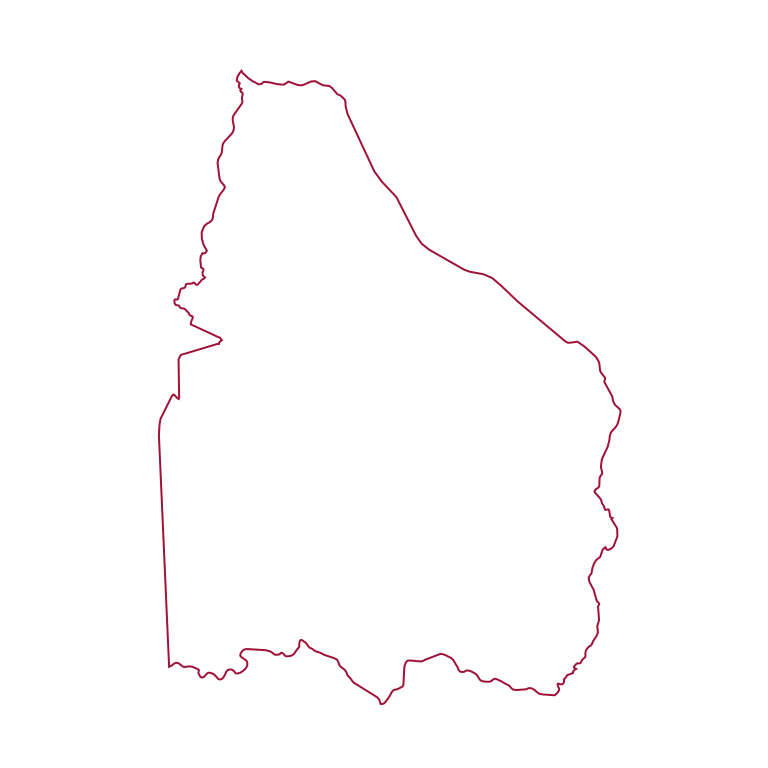 an SVG outline of Southern, rotated 266°
{"feature_id": "ZMB-522", "entity_name": "Southern", "entity_type": "Province", "adm_level": 1, "iso_a3": "ZMB", "parent_name": "Zambia", "parent_adm1": "", "projection": "albers", "projection_center": [26.307, -16.684], "detail": "fine", "context": "isolated", "style": "outline", "palette": "rose", "viewbox_px": 768, "rotation_deg": 266, "n_neighbors": 0, "source": "natural_earth", "source_scale": "10m", "svg_char_len": 6065}
<svg xmlns="http://www.w3.org/2000/svg" viewBox="0 0 768 768"><g transform="rotate(266 384 384)"><path d="M706.4,263.7L704.0,264.8L698.5,270.0L694.9,274.5L694.4,275.7L692.1,279.1L691.6,281.0L691.9,282.5L693.4,284.6L693.8,285.5L692.8,291.2L690.6,298.2L689.6,305.0L692.3,309.8L688.3,318.8L687.7,322.5L688.3,325.4L690.9,332.5L690.9,336.4L686.9,342.8L686.2,344.2L685.1,350.3L682.8,352.9L676.3,357.7L675.0,360.5L670.3,364.9L668.1,365.2L663.5,365.1L655.8,366.5L596.7,389.2L585.7,396.2L569.6,409.4L529.8,426.3L521.4,431.3L514.9,438.3L492.7,471.5L490.0,477.4L486.6,490.8L482.2,499.3L473.6,508.0L457.0,523.1L414.1,567.6L412.4,570.1L412.2,571.8L412.4,576.0L412.7,580.0L407.3,586.7L396.5,597.1L392.1,599.5L389.7,600.2L382.1,600.5L380.4,601.2L374.5,605.1L370.7,603.9L355.5,610.9L351.6,611.3L349.0,612.0L346.9,613.2L342.3,617.5L340.4,618.1L338.1,617.7L328.9,614.7L326.4,613.3L324.1,611.4L321.6,608.6L319.5,606.8L316.9,605.7L312.6,605.0L305.9,602.8L293.5,596.0L286.2,594.6L280.2,595.5L279.0,595.2L278.0,594.2L276.7,593.3L275.1,592.5L267.7,591.7L266.3,591.1L265.4,590.1L264.5,588.5L263.4,587.1L261.9,586.5L260.5,587.3L254.7,591.7L253.3,592.5L249.6,593.2L246.9,594.8L244.1,595.5L243.1,595.9L242.9,596.5L243.3,598.7L243.1,599.3L240.9,600.0L237.8,600.1L235.3,600.6L234.3,602.7L233.2,601.5L224.4,606.2L222.5,606.5L215.7,606.2L205.9,601.6L204.2,599.6L203.0,596.9L203.2,594.5L205.8,593.5L203.6,590.6L196.3,587.5L194.7,584.9L193.3,583.1L190.1,581.0L186.5,579.3L180.5,577.7L178.5,575.9L176.5,574.6L172.5,575.0L164.0,578.8L153.2,581.0L152.3,581.4L150.8,582.9L149.9,583.3L148.9,583.1L147.4,582.2L146.6,582.0L134.4,582.1L132.7,581.8L127.4,579.8L122.4,580.1L120.8,579.9L117.6,578.3L112.7,574.5L109.7,573.1L108.6,571.9L107.5,569.8L105.7,567.9L103.5,566.6L101.3,566.1L98.6,566.0L97.4,565.5L95.3,562.7L94.4,562.0L92.6,561.1L91.9,560.4L91.7,559.4L91.8,557.3L91.3,556.3L88.9,553.8L87.8,553.9L86.4,555.8L85.9,554.7L85.1,553.5L84.0,552.6L82.5,552.3L80.8,546.5L80.3,546.2L77.3,543.6L76.9,542.9L75.0,542.9L73.8,542.7L73.0,542.1L72.0,540.8L72.0,539.6L73.0,536.7L72.4,536.2L70.8,536.4L67.8,537.4L66.3,537.3L63.7,535.4L61.6,532.6L63.2,521.0L64.1,517.4L66.1,514.9L68.1,513.0L68.9,512.0L70.0,510.2L70.4,508.9L70.5,507.7L70.4,506.8L69.7,504.9L69.5,503.7L69.5,494.4L69.9,492.7L70.3,491.4L71.4,490.1L74.0,488.1L74.6,487.5L77.3,482.9L78.9,480.9L82.0,475.3L82.2,474.2L82.1,473.2L81.3,471.8L80.3,470.6L79.8,469.3L79.6,467.4L80.2,463.2L80.8,461.2L81.4,459.9L82.7,458.8L87.1,456.4L88.1,455.6L89.2,454.2L91.0,451.2L92.0,449.1L92.4,447.5L92.4,446.5L92.2,445.6L91.3,443.9L91.2,442.6L91.6,440.1L92.9,439.0L94.3,438.2L96.0,437.8L104.3,433.6L105.5,432.4L106.9,430.4L109.6,425.7L110.5,423.4L110.9,421.7L106.0,405.6L105.2,404.1L104.7,402.2L104.9,399.5L106.3,391.4L106.4,389.3L106.2,387.9L105.7,387.3L104.4,386.3L102.8,385.4L99.9,384.5L82.9,382.4L81.8,382.1L80.9,381.3L78.9,376.9L78.5,375.2L78.0,372.5L77.6,371.7L76.4,370.5L70.6,366.7L65.5,362.0L64.8,359.6L65.0,358.8L65.1,358.3L65.3,358.2L68.4,357.5L70.0,356.9L72.0,355.3L88.2,333.0L89.5,331.9L92.4,330.2L95.5,327.6L96.2,327.1L98.9,326.5L99.7,326.1L101.8,324.7L105.1,320.9L105.8,320.4L107.3,319.7L109.9,319.0L112.1,318.0L113.0,316.8L114.2,314.7L118.1,305.2L118.7,304.5L120.2,301.9L122.1,297.3L122.7,296.2L123.9,295.0L124.9,293.7L126.2,291.4L127.5,290.3L130.3,288.7L131.0,288.2L134.4,284.1L134.4,283.3L134.1,282.6L133.3,282.1L131.4,281.5L128.3,281.1L127.4,280.8L126.1,279.7L125.0,278.5L121.6,275.9L120.5,274.6L119.7,273.2L119.4,272.4L119.1,270.0L119.1,268.1L119.4,267.0L120.0,266.2L121.5,265.2L122.2,264.5L123.0,263.3L122.9,262.5L121.8,261.1L121.4,259.8L121.4,257.5L121.6,256.2L122.2,255.3L122.9,254.8L123.9,253.7L125.1,252.0L126.7,247.5L129.1,229.4L129.1,227.2L128.9,226.3L128.1,224.8L127.1,223.6L125.7,222.5L124.9,222.1L123.2,221.7L122.4,221.9L121.7,222.5L118.0,227.1L116.6,227.9L114.7,228.2L112.7,227.9L111.1,227.1L109.8,226.0L108.6,224.8L106.4,221.3L106.0,220.4L105.4,217.5L105.6,216.4L106.0,215.6L108.2,214.2L108.9,213.5L109.6,212.4L110.0,210.3L109.6,208.4L109.1,207.7L108.0,206.6L105.8,205.5L102.2,203.1L101.5,202.4L101.0,201.4L100.7,199.9L100.9,198.9L101.4,198.1L105.9,194.5L106.6,193.6L107.2,192.5L108.0,190.4L108.2,189.2L108.1,188.1L107.1,186.8L104.3,183.9L103.9,182.4L104.0,181.4L104.5,180.7L105.1,180.2L108.3,178.8L109.1,178.7L111.4,179.4L112.0,179.1L112.5,178.5L114.8,174.1L115.3,172.8L115.9,170.4L115.9,168.7L115.6,166.3L115.7,164.9L116.0,163.9L116.5,163.2L119.1,160.4L120.0,159.0L120.3,157.8L120.3,156.7L119.7,155.2L117.8,152.3L116.9,149.9L348.8,155.9L358.3,157.1L364.8,158.6L386.3,171.3L388.1,172.8L388.0,173.8L384.1,177.1L383.4,178.2L385.0,178.7L423.1,180.8L427.2,183.4L435.5,220.2L435.5,222.3L437.4,222.8L439.0,225.3L441.7,223.6L442.2,222.2L456.9,195.5L457.7,195.4L460.8,196.5L463.3,197.8L464.2,197.9L464.9,197.5L465.6,195.9L466.1,195.2L466.8,194.7L468.4,194.2L470.8,192.1L472.3,191.0L473.2,189.6L473.8,186.7L474.3,186.1L476.4,184.9L476.8,184.2L477.2,182.0L478.0,181.3L479.2,180.8L481.7,180.6L482.7,181.1L483.0,181.9L482.7,183.5L482.9,184.1L483.9,184.6L492.2,187.4L493.1,188.1L493.4,188.9L493.6,190.8L493.9,191.7L494.4,192.3L497.1,193.4L497.6,194.0L497.7,195.0L497.5,198.3L497.6,199.2L497.9,200.0L498.4,200.6L498.4,201.2L498.1,201.8L496.3,203.4L496.0,204.1L496.1,204.8L496.5,205.5L500.0,208.9L501.0,210.1L501.6,211.6L502.7,212.9L504.3,211.3L505.3,210.8L508.2,210.8L509.9,211.7L511.0,212.0L511.6,211.6L512.7,209.9L513.3,209.6L520.3,209.4L524.1,210.1L527.2,212.1L526.8,213.5L527.1,214.7L528.0,215.7L529.4,216.6L534.9,213.9L541.4,212.4L548.1,212.7L554.0,215.6L556.2,218.5L557.6,221.5L559.4,223.9L562.3,225.0L565.8,225.5L581.7,231.9L584.4,233.5L589.4,237.9L591.1,238.9L592.7,238.7L597.5,235.2L600.1,234.3L616.3,233.4L619.5,234.2L621.4,235.3L624.5,237.6L626.5,238.4L632.5,239.4L635.0,240.2L637.7,242.4L644.6,249.9L647.5,251.6L650.7,252.3L657.2,251.5L660.4,251.7L662.6,252.7L673.5,261.6L675.0,262.4L676.0,262.5L678.9,262.2L680.0,262.4L682.5,263.1L683.9,263.3L684.8,262.7L685.5,261.6L686.6,261.1L688.4,262.3L689.1,260.7L690.4,260.0L692.2,260.1L694.0,261.1L696.8,258.3L700.5,259.1L704.0,261.5L706.4,263.7Z" fill="none" stroke="#9f1239" stroke-width="2"/></g></svg>